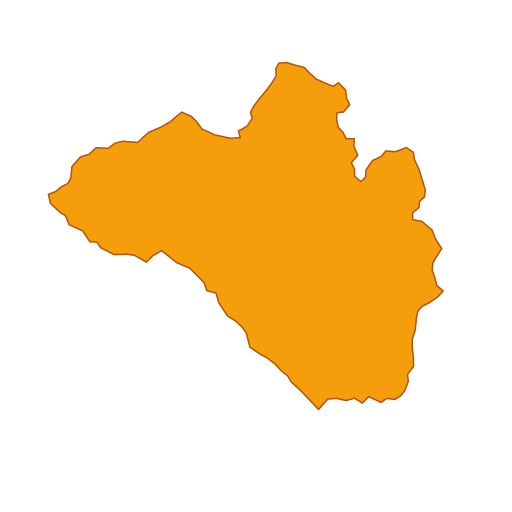 outline of Piquete, São Paulo, Brazil, rotated 253°
{"feature_id": "56859067B52482301605957", "entity_name": "Piquete", "entity_type": "district", "adm_level": 2, "iso_a3": "BRA", "parent_name": "Brazil", "parent_adm1": "São Paulo", "projection": "orthographic", "projection_center": [-45.168, -22.578], "detail": "fine", "context": "isolated", "style": "filled", "palette": "amber", "viewbox_px": 512, "rotation_deg": 253, "n_neighbors": 0, "source": "geoboundaries", "source_scale": "gbopen_adm2", "svg_char_len": 1923}
<svg xmlns="http://www.w3.org/2000/svg" viewBox="0 0 512 512"><g transform="rotate(253 256 256)"><path d="M79.4,332.7L81.5,339.4L78.2,347.0L80.1,353.7L83.7,358.9L91.4,364.9L98.6,366.4L104.4,374.4L112.9,376.8L123.9,378.9L131.3,381.5L138.8,386.7L148.9,390.9L155.6,394.4L159.1,399.6L160.9,408.8L163.8,418.0L167.9,424.7L175.0,420.3L183.5,420.7L190.9,420.3L197.7,423.1L202.3,428.1L208.7,435.7L220.3,432.6L229.5,431.9L235.3,428.1L240.7,424.6L245.0,416.4L251.7,418.6L254.6,425.9L260.5,428.5L263.1,434.3L269.5,437.2L280.0,437.2L291.6,437.2L301.7,435.7L309.1,436.8L315.8,431.5L314.9,420.0L318.5,410.8L314.5,404.8L313.3,395.4L306.2,386.4L299.4,383.8L296.4,378.1L303.6,373.6L310.4,375.7L317.2,374.3L322.6,382.8L332.1,381.7L339.5,384.2L341.8,376.5L348.6,375.4L355.1,372.3L362.9,373.0L369.3,375.2L368.1,381.7L373.2,389.8L380.7,388.8L388.5,390.2L397.5,385.6L395.8,379.3L400.5,373.4L407.6,365.3L416.0,360.3L422.2,357.3L426.6,349.9L431.9,342.1L433.8,334.4L429.5,329.8L422.5,328.0L417.5,322.5L411.5,314.5L405.6,305.3L400.5,298.3L395.0,292.7L388.8,292.7L382.7,285.3L380.7,275.8L373.9,275.5L375.9,266.3L380.1,258.7L384.0,251.8L389.0,246.4L393.0,241.5L402.4,238.3L408.6,234.8L415.3,227.0L412.2,219.3L409.5,213.4L407.0,202.5L405.7,189.8L403.1,183.9L399.2,176.1L404.7,162.2L405.1,154.1L402.2,145.9L406.3,134.8L402.1,126.3L402.1,117.2L395.4,106.2L384.7,101.7L380.4,97.2L379.1,90.1L376.2,83.1L375.6,75.5L366.5,74.8L354.7,81.5L350.2,85.6L340.6,86.4L330.7,97.6L318.2,101.3L315.8,108.0L309.4,109.8L298.8,120.7L295.5,132.9L292.2,140.0L282.2,149.4L286.4,157.2L288.7,167.3L272.5,178.5L263.7,189.1L245.9,198.5L237.2,198.9L232.2,207.0L222.3,206.7L207.0,211.2L199.3,217.9L191.1,222.4L185.3,224.2L170.5,223.5L161.0,231.2L155.2,236.9L146.8,242.8L138.7,246.7L131.9,251.3L125.5,252.7L113.3,259.9L103.8,264.6L91.0,270.9L98.2,282.8L96.3,291.3L91.4,300.0L91.2,308.5L84.3,314.8L88.5,322.8L79.4,332.7Z" fill="#f59e0b" stroke="#b45309" stroke-width="1.5"/></g></svg>